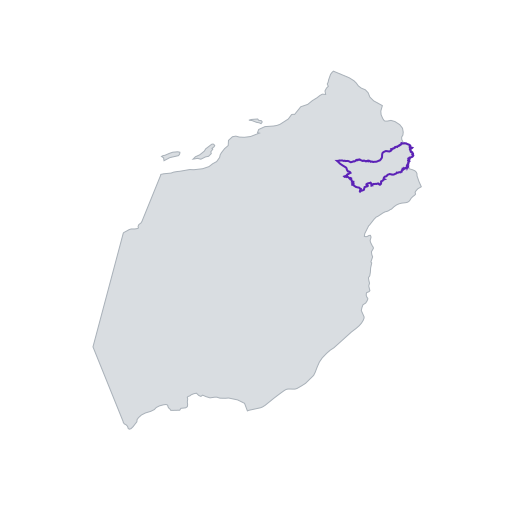 location of Namtumbo, Ruvuma, United Republic of Tanzania, rotated 248°
{"feature_id": "72390352B4837835329020", "entity_name": "Namtumbo", "entity_type": "district", "adm_level": 2, "iso_a3": "TZA", "parent_name": "United Republic of Tanzania", "parent_adm1": "Ruvuma", "projection": "equal_earth", "projection_center": [36.206, -10.673], "detail": "fine", "context": "in_parent", "style": "outline", "palette": "violet", "viewbox_px": 512, "rotation_deg": 248, "n_neighbors": 0, "source": "geoboundaries", "source_scale": "gbopen_adm2", "svg_char_len": 9300}
<svg xmlns="http://www.w3.org/2000/svg" viewBox="0 0 512 512"><g transform="rotate(248 256 256)"><path d="M206.2,360.7L202.0,357.8L198.2,356.0L195.1,354.1L193.7,352.1L190.8,351.4L188.3,351.1L186.0,349.3L181.2,348.6L180.6,347.4L180.6,344.8L179.7,344.1L178.0,343.4L176.1,343.4L175.0,343.8L174.3,343.6L172.7,342.1L171.3,340.1L170.7,336.9L168.5,334.9L166.0,333.2L159.0,333.4L157.9,332.9L156.2,331.3L154.3,328.7L152.7,325.6L151.3,321.5L149.8,316.0L141.7,293.8L140.9,289.6L139.3,285.0L136.7,279.2L133.9,275.0L130.2,271.2L126.0,267.3L123.7,264.7L119.4,254.3L118.5,249.4L117.8,244.3L118.0,242.3L120.7,235.7L121.0,233.9L120.6,231.4L119.3,226.2L117.6,219.9L114.1,208.4L113.6,205.5L113.6,203.3L115.6,191.6L115.6,190.0L123.7,190.2L129.5,185.0L134.6,177.4L135.6,174.2L137.7,169.3L139.8,166.8L140.5,165.1L141.7,160.2L144.4,156.9L147.0,154.4L146.5,152.5L146.8,151.9L148.3,150.6L151.1,149.4L151.6,146.8L151.6,143.9L151.1,142.3L151.2,140.4L150.8,139.4L149.0,139.1L146.3,137.6L144.0,137.0L142.4,136.2L141.9,135.5L141.6,133.8L142.9,129.3L141.6,127.5L144.4,120.1L144.9,119.1L146.0,119.0L147.6,118.2L149.1,117.9L150.3,118.2L151.2,117.9L152.0,117.0L152.7,114.5L153.2,110.3L152.9,106.8L151.7,104.2L151.4,100.2L151.9,94.7L151.5,90.2L150.2,86.6L148.9,84.5L146.9,83.4L143.7,77.9L142.7,75.3L142.9,73.6L144.0,72.9L146.0,73.1L147.9,72.5L149.7,71.0L151.4,70.6L152.4,70.8L232.8,70.8L326.9,141.5L327.3,142.3L328.0,148.4L327.8,150.5L326.4,154.0L326.0,155.8L325.9,157.1L326.3,157.6L327.5,157.7L328.6,158.6L329.0,159.2L329.8,161.9L330.8,163.2L366.5,197.8L367.3,198.3L366.8,201.2L364.7,208.3L364.6,211.2L363.8,214.7L363.1,217.0L361.0,226.9L359.3,230.6L356.9,239.2L356.5,245.9L357.8,250.5L358.3,254.9L361.0,259.2L363.2,260.7L364.7,262.6L367.3,267.1L368.8,271.6L373.5,273.8L375.4,278.8L374.7,282.2L372.5,285.1L370.4,289.7L368.8,295.8L368.7,305.1L369.8,303.6L372.3,305.9L372.6,312.8L370.0,320.7L369.2,324.4L369.1,327.6L370.9,337.2L373.8,342.0L373.5,343.5L372.8,344.8L377.6,353.4L377.2,360.8L379.0,366.6L379.8,371.6L380.9,375.5L381.2,378.2L379.7,381.1L383.2,381.8L385.3,384.3L386.2,386.6L388.8,386.5L390.1,388.0L392.1,389.3L396.5,393.2L397.7,395.2L398.4,397.0L386.3,409.2L381.9,412.4L378.7,413.8L375.4,414.6L372.2,416.5L369.2,419.6L365.4,421.1L360.7,421.1L355.8,423.2L348.1,429.5L343.6,426.0L340.1,424.9L336.0,425.0L333.6,425.5L332.7,426.2L331.9,428.3L331.2,431.9L328.6,435.2L323.9,438.5L319.6,439.7L315.7,438.9L313.1,437.5L311.7,435.6L309.6,434.8L306.9,434.9L304.3,436.3L301.9,438.8L297.9,439.9L292.5,439.5L289.6,438.3L289.2,436.2L286.8,433.8L282.5,430.9L279.3,430.9L277.2,433.6L275.4,435.3L273.7,436.0L272.1,436.1L269.9,435.3L264.0,435.0L258.3,435.2L257.7,431.2L256.5,428.8L255.5,427.4L253.6,427.1L253.0,426.0L252.3,423.5L251.4,421.4L250.1,419.7L249.3,418.1L249.1,416.6L249.3,415.0L250.4,411.0L250.8,408.3L250.7,405.4L250.0,402.5L248.7,399.1L248.8,398.1L248.3,395.8L248.3,394.1L248.6,392.1L248.3,389.4L247.1,383.6L247.1,382.1L245.9,379.3L242.1,372.7L241.9,371.9L236.0,365.2L233.6,363.8L232.8,365.0L232.4,366.2L232.7,368.3L232.5,369.4L232.3,369.8L230.9,369.8L230.0,369.5L227.8,367.7L226.0,367.3L221.7,367.6L220.2,368.0L219.0,367.6L216.7,364.6L214.0,363.9L211.5,363.8L207.5,360.3L206.2,360.7ZM374.2,249.5L376.2,256.8L375.9,258.2L374.5,259.0L373.8,259.1L372.9,257.9L372.3,255.5L371.3,256.0L369.5,253.1L367.7,252.9L366.2,249.4L366.8,246.3L366.4,241.1L368.4,238.4L369.4,233.9L370.7,237.0L370.9,241.8L372.6,247.4L374.2,249.5ZM383.7,205.7L383.9,207.5L383.5,209.1L383.6,214.3L383.4,217.8L381.9,222.6L380.7,224.3L379.7,223.8L378.8,223.0L378.1,221.7L379.5,212.9L378.8,206.4L381.6,207.1L383.7,205.7ZM379.5,311.6L378.2,312.0L377.6,311.6L376.8,310.2L378.3,308.9L379.7,306.6L383.0,303.1L384.6,300.3L384.3,303.0L382.4,308.9L380.8,309.3L379.5,311.6Z" fill="#d9dde1" stroke="#a8b0b8" stroke-width="1"/><path d="M313.8,366.8L313.2,367.1L312.9,367.3L310.1,368.5L307.7,370.1L304.3,372.6L303.5,372.8L302.6,372.7L302.1,372.6L301.6,372.6L301.1,372.8L300.1,372.8L299.7,373.6L299.0,374.3L298.4,374.7L297.7,374.8L297.6,373.2L297.4,372.5L297.3,372.3L297.3,372.2L297.5,371.9L297.3,371.5L297.4,371.2L297.0,370.4L296.5,370.4L296.2,369.8L296.3,369.6L296.3,369.4L296.3,369.1L296.5,369.2L296.6,368.9L296.7,368.0L296.7,367.6L296.2,367.8L296.1,368.3L296.1,368.7L295.8,368.9L295.8,369.1L295.6,369.3L295.6,369.7L295.4,369.8L295.4,369.6L295.2,369.7L295.2,369.9L295.2,370.3L294.9,370.7L294.4,371.2L293.2,371.6L293.0,372.7L292.8,372.7L292.5,373.1L292.3,372.9L292.3,373.0L292.2,373.0L292.1,373.3L291.7,373.2L291.2,373.0L290.9,373.0L290.4,373.0L290.4,372.9L289.5,373.1L289.2,372.9L289.0,373.1L289.0,372.9L288.8,373.3L288.7,373.2L288.5,373.4L288.4,373.4L288.3,373.7L288.2,373.6L287.9,373.6L287.6,373.7L287.4,373.5L287.5,373.7L287.2,373.7L287.1,373.3L286.9,373.3L287.0,372.9L286.8,373.0L286.8,372.7L286.7,372.9L286.7,372.2L286.3,372.0L286.0,372.2L285.9,372.1L285.6,372.6L285.6,372.8L285.5,372.6L285.2,372.8L285.2,373.0L284.9,373.0L284.7,373.1L284.6,373.3L284.4,373.3L283.6,373.8L283.2,374.2L282.8,374.3L282.7,374.5L281.8,375.5L280.8,377.2L279.8,377.6L278.9,378.4L278.5,378.2L278.0,377.5L277.9,377.1L277.5,377.0L277.3,376.7L277.1,376.5L276.7,376.6L277.1,377.5L276.9,379.1L276.9,380.7L277.1,381.0L277.5,381.1L277.7,381.4L279.2,382.5L279.1,383.3L279.2,383.6L279.0,384.2L278.9,385.0L279.0,385.2L279.0,385.8L279.2,386.0L279.5,386.0L279.8,385.8L280.3,385.3L280.8,385.1L281.2,385.3L281.4,386.2L281.4,387.3L281.4,387.5L281.3,387.8L281.1,388.3L281.1,389.7L280.6,389.9L279.9,389.9L279.4,389.9L279.2,389.7L278.6,389.8L278.4,389.5L278.0,389.4L278.0,389.7L278.2,389.8L278.1,390.1L278.0,390.3L278.6,390.4L278.8,390.8L278.7,391.1L278.8,391.3L278.8,391.9L278.5,392.2L278.2,393.7L277.9,394.1L277.7,394.5L277.7,394.8L277.7,395.1L277.7,395.3L277.7,395.6L277.4,396.0L277.5,396.5L277.3,396.7L276.9,396.7L276.8,397.0L276.0,397.2L275.7,397.5L276.0,397.8L276.0,398.0L275.9,398.5L276.0,398.8L276.5,399.2L277.0,399.3L277.4,399.7L278.3,399.9L278.4,401.7L279.0,402.6L279.0,403.9L279.5,403.4L279.9,403.5L280.0,403.4L280.6,403.8L281.3,405.0L281.3,405.8L281.1,406.2L281.2,407.1L282.0,408.4L281.9,410.7L280.9,412.1L280.8,412.4L280.5,412.6L280.4,413.0L280.1,413.5L280.0,413.9L279.9,415.0L280.0,415.4L280.0,417.0L280.3,417.6L280.6,417.8L280.3,418.4L280.1,418.6L280.0,419.4L280.1,419.7L280.1,420.2L279.4,421.3L279.4,421.5L279.6,421.8L279.6,422.3L279.6,422.6L280.1,422.7L280.3,423.2L280.5,423.3L280.9,423.4L281.2,424.0L281.3,424.3L281.2,424.6L281.4,425.0L281.1,424.9L281.2,425.3L281.3,425.4L281.2,425.4L281.3,425.6L281.5,425.5L281.4,425.8L281.5,425.8L281.3,426.2L281.4,426.4L281.3,426.5L281.4,426.8L281.6,427.0L281.7,426.9L281.6,427.4L281.7,427.5L281.7,427.9L281.5,428.1L281.5,428.3L281.6,428.6L282.0,429.1L281.8,429.4L281.3,429.3L281.5,429.5L281.4,429.6L281.4,429.9L281.2,429.7L281.2,429.9L281.5,430.1L281.6,429.9L281.8,429.9L282.4,430.3L282.9,430.3L283.2,429.8L283.3,429.8L283.5,430.2L283.7,431.3L283.8,431.3L283.9,430.9L284.1,431.1L284.3,431.0L284.5,431.5L284.9,432.0L285.1,431.9L285.8,432.2L285.8,432.6L286.3,433.3L286.4,433.8L286.7,433.8L287.5,433.3L287.5,433.0L287.7,432.8L287.9,432.9L288.0,433.3L287.9,433.8L288.0,434.2L288.4,434.4L288.6,434.8L288.9,434.8L289.2,434.1L289.4,434.0L289.5,434.7L289.8,435.2L289.7,435.5L289.5,435.9L289.5,436.5L289.4,437.0L289.4,437.5L289.4,438.0L289.6,438.6L290.2,439.5L290.5,439.5L290.8,439.1L291.0,439.2L291.6,438.9L291.8,439.1L291.9,439.9L292.2,440.0L292.8,439.8L293.1,439.5L293.7,439.7L294.5,438.6L295.0,438.8L295.3,438.6L296.1,438.7L297.2,438.6L297.9,439.2L297.5,440.5L297.6,441.0L297.8,441.4L298.6,440.3L298.8,440.3L299.2,439.2L299.6,439.3L300.0,439.6L300.1,439.9L300.3,440.0L300.4,440.3L300.5,440.4L300.9,440.3L302.2,439.4L302.9,438.4L304.2,437.4L304.4,437.1L304.5,436.3L304.9,436.1L305.2,434.3L306.1,433.5L306.2,433.2L305.4,432.7L305.3,432.2L304.9,431.8L304.9,431.5L305.1,431.3L305.0,431.0L305.1,430.7L304.7,430.4L304.8,429.9L304.6,429.6L304.7,429.4L304.6,429.1L304.7,428.7L304.6,428.2L304.3,427.9L304.5,427.7L304.7,427.4L304.7,426.7L304.8,426.4L304.6,426.4L304.6,425.7L304.4,425.3L304.5,425.1L304.2,424.8L304.3,424.5L304.2,424.3L304.3,424.1L304.2,423.8L304.3,423.7L304.4,423.3L304.2,423.0L304.3,422.4L304.2,422.3L304.3,422.0L304.0,422.1L303.9,421.7L303.8,421.8L303.7,421.7L303.3,420.8L303.2,420.8L303.0,420.3L303.1,420.1L303.0,419.9L303.0,419.5L302.9,419.3L302.9,418.9L303.1,418.5L304.5,416.1L304.7,415.5L304.6,413.5L304.5,412.9L304.2,412.1L303.9,411.7L302.9,411.0L300.5,409.9L299.7,409.2L298.7,407.6L298.3,406.7L298.2,406.3L298.4,405.5L298.3,404.6L298.3,403.1L298.9,401.2L299.2,400.6L299.2,400.0L299.8,399.1L300.2,398.9L300.4,397.9L300.5,397.8L300.5,397.5L301.1,397.2L301.4,397.1L301.5,396.8L301.8,396.6L301.7,396.2L302.0,396.2L302.1,395.6L302.5,395.5L302.4,394.8L302.3,394.7L302.5,394.4L302.6,394.2L302.4,394.1L302.5,393.6L302.8,393.0L303.1,392.9L303.6,392.3L304.0,392.0L304.1,391.8L304.0,391.5L304.0,391.0L304.3,390.7L304.3,390.3L304.6,390.1L305.1,389.5L306.1,388.7L306.3,388.4L306.3,388.1L306.5,387.8L306.8,387.9L306.9,387.3L307.0,387.1L306.8,386.6L307.0,386.4L306.8,386.1L306.8,385.8L307.1,385.6L307.1,385.1L307.4,385.1L307.4,384.8L307.4,384.6L307.3,384.4L307.0,384.2L306.8,382.8L307.1,381.8L307.3,381.7L307.2,380.8L307.4,379.0L307.8,378.6L308.7,377.9L309.4,377.2L309.8,376.6L310.6,374.3L310.8,374.1L311.1,374.0L311.4,372.7L312.1,372.0L312.4,371.5L313.1,369.5L313.3,369.3L313.4,368.3L313.6,367.3L313.8,366.8Z" fill="none" stroke="#5b21b6" stroke-width="2"/></g></svg>